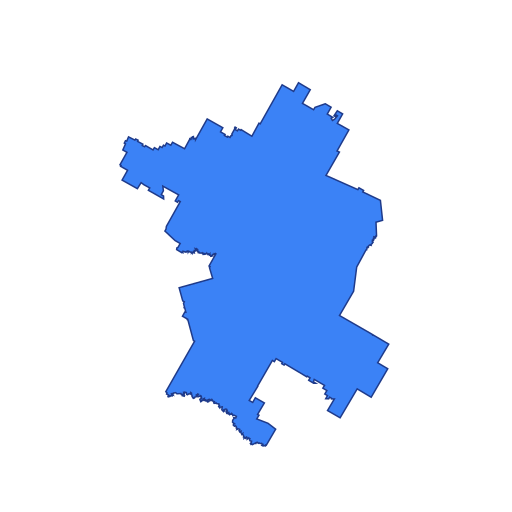 Carrathool, New South Wales, Australia, rotated 22°
{"feature_id": "25037944B9270414762897", "entity_name": "Carrathool", "entity_type": "district", "adm_level": 2, "iso_a3": "AUS", "parent_name": "Australia", "parent_adm1": "New South Wales", "projection": "albers", "projection_center": [145.4, -33.626], "detail": "fine", "context": "isolated", "style": "filled", "palette": "blue", "viewbox_px": 512, "rotation_deg": 22, "n_neighbors": 0, "source": "geoboundaries", "source_scale": "gbopen_adm2", "svg_char_len": 6130}
<svg xmlns="http://www.w3.org/2000/svg" viewBox="0 0 512 512"><g transform="rotate(22 256 256)"><path d="M103.4,235.8L120.8,238.0L122.0,231.0L125.3,231.9L132.0,232.7L131.6,235.4L149.0,237.7L147.8,235.0L145.2,234.6L145.7,230.2L143.4,226.1L161.4,228.3L160.5,235.2L163.1,235.6L163.4,233.7L165.4,233.9L161.8,262.1L162.5,264.8L162.2,267.0L175.2,272.0L181.0,272.8L180.4,277.3L179.6,278.1L180.0,279.8L185.8,280.7L185.8,280.3L186.8,280.3L186.4,279.8L186.8,279.4L186.6,278.9L188.4,278.7L188.6,279.5L188.6,278.8L189.7,278.7L189.8,277.9L190.7,277.6L190.6,277.1L191.3,277.0L191.1,277.2L191.5,277.8L191.5,277.4L192.0,277.4L191.9,276.8L194.6,277.0L194.5,276.2L194.9,277.1L195.0,276.7L195.5,277.0L195.3,276.6L195.5,276.8L195.8,276.7L195.5,276.3L195.9,276.5L196.1,275.7L196.2,276.2L197.1,276.3L196.7,275.5L197.2,275.6L196.9,275.2L197.5,274.5L197.2,274.6L197.0,274.2L197.5,274.2L197.5,273.3L198.1,273.1L197.2,272.2L197.8,272.3L197.5,271.7L197.9,272.0L197.9,271.5L199.4,271.8L199.2,272.7L200.7,273.3L200.4,273.8L201.3,273.9L201.3,274.5L202.0,274.4L201.9,273.8L203.0,274.3L204.5,273.5L205.2,273.8L205.4,273.2L205.9,273.7L205.9,273.2L206.7,273.2L206.4,274.0L206.9,274.1L208.2,273.4L208.1,272.8L209.5,272.4L209.4,271.8L211.0,272.7L211.3,271.8L212.2,272.1L212.4,271.5L212.7,272.5L213.1,272.1L213.9,272.4L214.2,273.2L214.9,272.9L214.7,272.5L215.6,272.0L215.1,271.8L215.4,270.7L216.3,270.3L216.3,269.5L217.5,269.5L217.5,268.9L218.0,269.0L216.2,282.9L217.4,283.1L217.2,284.2L224.2,293.0L196.6,314.2L204.9,325.1L206.7,325.3L206.5,327.0L208.8,330.2L208.7,330.9L209.5,331.0L212.0,334.4L211.0,334.6L210.4,339.4L216.3,340.2L216.2,340.8L216.9,340.9L229.6,357.8L231.0,358.0L223.2,415.6L224.7,416.2L224.8,417.5L226.9,417.6L227.0,418.8L227.8,418.3L227.8,419.2L228.9,418.4L229.2,417.6L230.8,417.1L230.8,416.7L229.6,417.0L229.7,416.1L231.0,416.0L230.2,415.5L230.7,415.0L230.0,414.9L230.6,414.6L230.7,414.0L232.7,412.8L234.3,413.4L237.9,411.6L238.5,412.4L239.9,411.9L239.9,413.1L242.0,412.9L242.0,412.0L240.3,411.0L240.4,410.1L239.9,409.5L240.5,409.1L240.7,409.9L241.2,410.0L241.4,408.9L242.6,408.7L243.6,410.3L244.5,410.3L245.4,408.9L246.7,408.6L246.5,407.0L247.6,407.3L248.0,408.8L248.9,409.1L249.3,410.2L251.2,411.5L252.1,410.7L251.8,410.1L253.4,408.8L252.7,407.1L253.5,406.6L253.6,405.8L254.4,405.8L253.9,407.3L255.0,408.3L255.9,407.3L256.9,407.1L256.8,406.3L257.7,406.4L258.5,407.6L258.2,408.3L258.7,408.7L257.6,409.9L259.4,411.8L260.0,410.9L259.8,410.3L260.9,409.8L260.4,408.5L261.5,407.3L262.0,408.8L262.8,408.4L262.7,409.2L263.8,409.2L264.2,408.6L265.7,409.5L267.0,408.6L266.5,408.7L265.2,407.6L265.6,407.0L266.4,406.4L267.5,407.5L268.1,406.0L268.6,406.7L269.3,406.6L269.4,405.9L270.6,406.8L271.9,406.6L271.7,408.5L271.9,407.9L272.3,408.3L273.5,407.8L273.9,407.1L274.9,407.6L277.0,407.0L277.3,407.9L278.1,408.2L277.7,409.5L279.3,410.4L279.2,409.7L281.2,408.5L281.9,411.4L284.3,412.5L284.7,411.5L283.8,410.6L285.2,409.3L286.2,409.1L287.2,410.1L286.4,410.7L287.1,411.3L286.7,411.7L287.3,412.3L287.4,411.4L288.1,411.4L288.3,412.8L289.0,412.7L288.6,412.3L289.4,411.3L290.1,412.8L290.8,413.0L290.7,412.2L291.7,412.3L292.3,411.0L293.0,411.4L292.8,411.9L293.6,411.7L294.3,412.6L295.2,411.8L297.9,412.0L297.9,413.8L296.0,414.2L296.5,414.7L295.9,417.0L296.5,418.9L298.9,419.6L298.1,420.2L298.3,421.3L299.8,421.9L300.7,421.1L301.8,421.8L302.1,422.9L303.1,422.9L303.2,424.0L304.3,422.9L305.8,422.8L306.2,423.4L305.7,424.3L307.0,425.3L307.8,424.3L307.9,425.1L309.4,426.5L310.0,425.7L310.0,426.8L310.8,426.4L311.6,427.0L312.2,427.8L312.2,428.5L312.9,428.5L313.2,429.5L313.7,428.5L314.5,428.9L314.9,427.4L315.5,427.5L316.4,429.2L317.4,427.3L318.1,427.9L318.7,427.7L318.7,428.6L319.6,429.6L321.3,429.4L321.5,430.9L321.0,431.9L322.0,432.6L322.5,431.9L323.4,432.2L325.1,430.1L325.9,430.0L325.7,429.4L326.2,428.7L326.9,428.9L327.2,428.2L328.6,428.7L329.1,428.1L330.1,428.3L331.4,427.6L331.9,428.1L332.8,428.0L332.3,429.4L333.8,429.5L334.2,428.8L335.7,428.7L335.6,427.7L336.4,427.7L339.1,409.2L329.8,406.6L317.7,406.8L318.4,402.5L316.8,402.3L318.8,389.1L308.5,387.7L307.8,393.0L303.8,392.5L306.5,376.1L306.2,375.9L310.3,346.7L312.6,347.1L313.1,343.6L320.4,344.7L320.2,346.2L322.9,346.6L323.1,345.1L348.3,349.0L348.5,348.2L351.8,348.7L351.4,351.5L357.1,352.4L359.0,351.6L356.4,351.2L356.2,348.6L368.0,350.3L367.5,353.5L372.1,354.2L371.5,358.2L374.6,358.7L374.1,362.2L376.9,361.2L377.2,359.3L379.5,359.7L379.6,360.2L382.2,359.2L380.2,372.5L394.6,374.5L399.6,341.3L415.7,343.8L420.4,311.2L408.8,309.4L412.1,288.0L394.1,285.3L393.9,286.3L393.7,285.2L355.7,279.9L359.7,252.1L353.5,228.5L355.7,209.2L356.3,208.8L355.7,206.5L356.6,206.4L356.9,205.6L356.3,205.3L357.1,203.3L358.7,203.0L358.2,202.4L359.1,200.9L359.0,199.9L359.4,199.6L358.8,198.7L358.4,198.9L358.0,197.7L358.6,197.5L357.9,196.8L358.9,197.1L359.2,196.7L358.3,195.7L358.9,195.3L358.3,194.3L359.6,194.5L359.3,193.8L359.8,193.8L359.5,193.3L360.0,192.9L359.7,192.4L360.2,192.1L354.6,179.7L360.0,175.5L350.5,157.8L331.0,156.6L331.2,154.9L325.9,154.2L325.6,156.3L290.7,155.1L294.4,128.4L291.8,128.3L294.9,104.3L281.7,102.6L283.1,91.8L277.0,90.9L275.8,96.8L277.2,97.0L277.7,95.3L279.0,95.5L277.6,99.8L276.1,101.7L274.1,100.1L275.2,98.7L268.9,97.7L269.9,89.9L263.2,88.9L255.0,96.1L254.6,98.8L241.9,97.1L244.0,81.5L230.5,79.4L229.2,89.3L216.1,87.5L210.4,131.9L209.0,131.7L207.3,146.5L194.9,144.4L194.8,145.2L192.2,144.9L191.9,146.9L189.4,146.6L189.7,144.5L188.3,144.3L188.2,145.1L188.7,145.2L187.9,152.1L188.6,152.7L188.5,153.4L187.7,153.9L187.5,155.8L185.0,155.5L184.9,156.5L181.6,156.1L181.8,154.9L176.6,154.2L177.2,149.5L159.4,147.2L156.4,170.7L156.0,169.7L155.5,169.6L155.1,170.4L154.3,170.1L154.0,170.7L153.2,168.7L152.4,169.3L152.4,170.3L151.6,170.5L152.0,172.1L150.8,172.1L151.1,172.6L150.8,172.6L149.6,183.3L136.0,181.8L135.5,185.2L130.8,184.7L130.4,188.1L128.7,187.9L128.3,190.6L125.9,190.4L125.5,194.1L121.2,193.6L120.8,196.2L112.2,195.0L111.8,196.4L109.2,196.2L109.2,194.7L103.3,194.1L103.3,192.8L100.6,192.6L100.3,193.9L93.2,193.3L93.1,197.9L91.8,198.0L91.6,200.7L93.0,200.9L92.8,207.6L97.5,208.2L95.7,222.4L97.0,222.6L96.9,223.6L104.8,224.6L103.4,235.8Z" fill="#3b82f6" stroke="#1e3a8a" stroke-width="1.5"/></g></svg>